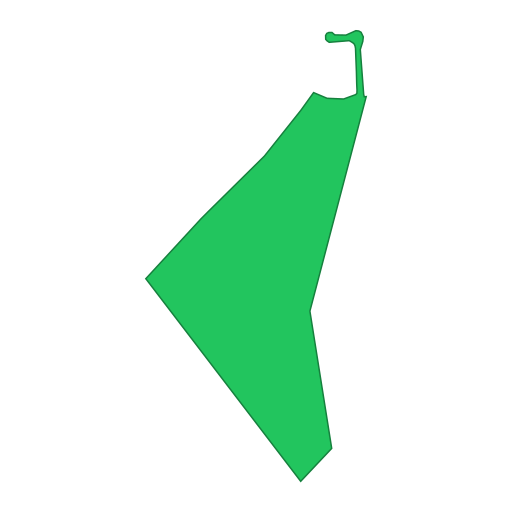 outline of 18-19, Ad Dawhah, Qatar
{"feature_id": "91078587B2684025593760", "entity_name": "18-19", "entity_type": "district", "adm_level": 2, "iso_a3": "QAT", "parent_name": "Qatar", "parent_adm1": "Ad Dawhah", "projection": "natural_earth1", "projection_center": [51.554, 25.282], "detail": "fine", "context": "isolated", "style": "filled", "palette": "green", "viewbox_px": 512, "rotation_deg": 0, "n_neighbors": 0, "source": "geoboundaries", "source_scale": "gbopen_adm2", "svg_char_len": 603}
<svg xmlns="http://www.w3.org/2000/svg" viewBox="0 0 512 512"><path d="M300.7,481.3L331.7,448.4L309.9,311.1L366.2,96.6L364.3,96.8L363.7,94.5L360.3,49.5L362.8,41.4L363.3,36.9L361.1,32.3L358.8,31.0L355.9,30.7L354.9,31.1L346.0,35.1L334.8,34.9L332.0,32.5L328.8,32.5L326.8,33.4L325.6,35.5L325.7,39.3L327.0,40.8L329.2,42.3L348.9,40.7L349.3,40.7L351.6,42.0L353.9,43.6L355.0,45.7L355.5,48.3L356.4,71.6L356.7,83.8L357.0,90.0L356.9,93.3L355.7,94.6L343.6,99.0L327.1,98.3L313.6,92.6L300.8,110.4L264.4,156.1L208.7,211.1L201.2,218.6L145.8,278.7L300.7,481.3Z" fill="#22c55e" stroke="#15803d" stroke-width="1.5"/></svg>